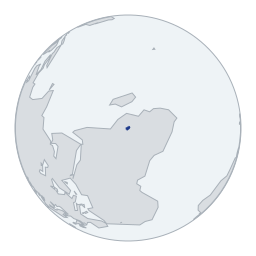 the Earth from above Mzimba, rotated 229°
{"feature_id": "MWI-1900", "entity_name": "Mzimba", "entity_type": "District", "adm_level": 1, "iso_a3": "MWI", "parent_name": "Malawi", "parent_adm1": "", "projection": "orthographic", "projection_center": [33.7, -11.843], "detail": "fine", "context": "on_globe", "style": "filled", "palette": "blue", "viewbox_px": 256, "rotation_deg": 229, "n_neighbors": 0, "source": "natural_earth", "source_scale": "10m", "svg_char_len": 6088}
<svg xmlns="http://www.w3.org/2000/svg" viewBox="0 0 256 256"><g transform="rotate(229 128 128)"><circle cx="128" cy="128" r="113" fill="#eef3f6" stroke="#a8b0b8"/><path d="M15.9,117.2L16.1,117.9L16.1,122.1L15.9,125.3L16.4,125.4L16.4,127.3L20.0,127.0L23.4,130.2L24.3,137.0L23.4,146.1L27.2,163.5L27.0,171.2L30.0,178.3L35.1,189.4L34.6,190.2L37.9,194.4L40.2,197.9L40.7,199.0L43.6,202.3L44.1,203.1L45.7,204.7L50.6,209.8L53.9,212.7L58.5,216.6L60.7,218.2L60.9,218.4L62.2,219.4L63.7,220.5L63.3,220.2L57.0,215.4L51.0,210.2L45.4,204.6L40.2,198.6L35.5,192.3L31.2,185.6L27.4,178.7L24.1,171.5L21.3,164.1L19.0,156.5L17.3,148.8L16.1,140.9L15.5,133.0L15.4,125.1L15.9,117.2ZM63.8,220.5L64.1,220.7L61.2,218.6L63.7,220.0L65.7,221.7L64.0,220.7L63.8,220.5ZM58.7,215.9L57.3,214.4L58.0,214.7L59.1,215.9L58.7,215.9ZM229.6,79.5L230.9,82.4L230.2,83.0L230.8,84.7L229.0,81.6L228.9,84.1L234.1,96.8L234.8,100.0L233.6,104.2L233.1,101.7L228.4,93.4L229.2,100.8L232.9,109.2L234.2,117.8L232.1,113.9L230.6,106.4L228.8,103.2L228.1,96.6L224.4,86.0L222.2,86.6L221.2,82.8L215.8,74.0L212.0,74.7L206.7,82.5L207.9,92.4L205.3,96.2L197.4,80.6L193.9,71.1L191.0,71.4L182.9,63.1L168.8,61.1L166.8,58.7L164.2,59.5L158.5,57.0L155.5,53.5L152.1,53.5L160.0,63.1L163.7,63.2L166.9,59.9L168.4,63.4L173.9,66.9L167.6,74.8L146.7,81.7L144.8,74.3L129.6,55.7L130.2,53.8L130.1,53.6L129.9,53.2L128.4,56.4L125.8,53.1L133.8,65.3L135.0,71.0L146.4,82.1L145.3,83.2L149.0,85.7L161.0,83.5L161.0,86.0L155.3,97.5L138.8,114.1L141.1,126.0L140.0,136.5L130.0,143.6L131.2,152.0L126.0,155.0L125.9,159.9L121.9,165.3L115.1,170.6L103.4,171.4L102.4,166.9L96.2,158.7L87.5,139.1L90.2,129.8L89.1,123.0L80.6,109.2L82.4,101.0L80.2,98.0L75.6,99.4L73.1,95.9L70.3,96.3L53.3,102.4L48.4,98.7L43.0,86.0L46.2,79.6L47.1,73.3L69.7,49.1L74.0,49.2L91.3,44.4L93.4,44.7L90.9,49.1L103.5,53.1L108.1,49.2L119.9,51.7L128.1,51.5L131.9,43.7L118.5,43.7L116.6,40.2L127.7,37.0L139.5,37.8L139.2,36.5L132.1,33.5L135.2,31.4L129.7,32.4L131.7,33.6L128.3,34.4L126.3,33.4L127.5,32.6L124.0,32.1L119.3,36.5L120.8,38.2L111.5,39.4L113.0,42.6L110.4,44.3L106.8,39.7L107.4,37.9L100.4,33.9L98.9,35.8L105.4,39.8L103.2,39.6L101.2,42.8L100.9,40.3L94.2,35.9L86.1,38.2L75.1,47.1L70.5,48.8L67.0,48.2L71.7,40.4L81.4,37.8L83.3,35.5L81.9,33.2L85.0,32.8L85.6,31.7L89.3,30.9L95.2,27.7L99.1,27.0L102.0,24.1L104.4,23.4L102.0,25.2L102.4,26.3L112.1,25.3L114.2,24.6L115.3,22.9L117.8,23.1L117.6,21.7L123.5,21.0L116.2,20.8L117.3,19.4L121.2,18.4L120.2,18.0L113.9,19.8L112.6,20.6L113.5,21.3L108.8,24.2L105.3,25.0L105.3,22.3L100.4,23.3L102.6,21.2L118.3,16.8L124.5,16.2L133.5,17.4L131.7,17.9L127.6,17.6L130.9,18.9L130.9,18.3L133.0,18.6L134.6,17.8L136.1,18.0L135.0,17.1L137.1,17.2L137.8,17.8L141.9,17.3L146.4,17.9L146.6,17.7L145.5,17.4L152.0,18.6L151.8,18.5L149.7,18.0L147.9,17.4L147.4,17.1L149.7,17.5L150.2,17.7L154.6,19.0L155.6,19.7L156.5,19.9L156.2,19.4L150.7,17.8L149.8,17.5L152.7,18.2L151.5,17.9L151.8,17.9L154.1,18.4L152.4,18.0L160.7,20.2L168.7,23.0L176.5,26.3L184.0,30.3L191.3,34.8L198.1,39.8L204.6,45.4L210.6,51.4L216.1,57.9L221.2,64.7L225.7,71.9L229.6,79.5ZM61.5,59.9L60.8,61.7L61.5,59.9ZM151.9,43.1L159.0,44.1L156.0,39.3L158.5,39.4L156.6,37.9L155.8,39.0L151.1,35.2L154.3,34.3L153.5,32.7L151.1,32.3L146.0,34.5L152.7,39.9L150.9,41.5L151.9,43.1ZM85.5,27.6L86.6,27.8L84.8,29.1L79.9,31.0L82.4,29.0L85.5,27.6ZM88.5,27.9L89.9,25.2L93.0,24.2L91.0,25.2L92.9,24.8L90.2,26.3L91.8,28.4L90.4,29.7L82.1,31.9L85.6,30.3L84.4,30.1L88.5,27.9ZM87.9,22.9L88.5,22.5L94.5,20.8L93.2,21.4L88.2,23.0L86.8,23.3L87.9,22.9ZM96.1,43.0L97.7,43.0L100.4,42.5L99.2,44.7L96.1,43.0ZM91.3,40.0L92.9,39.5L92.4,42.0L90.7,42.2L91.3,40.0ZM94.1,37.4L93.0,39.3L92.6,38.4L94.1,37.4ZM103.5,24.9L105.2,24.5L105.2,24.8L104.1,25.5L103.5,24.9ZM121.9,15.5L120.7,15.6L119.6,15.7L121.9,15.5ZM129.4,44.9L126.8,46.4L125.7,45.7L126.8,45.3L129.4,44.9ZM112.1,45.2L115.9,46.0L111.7,45.8L112.1,45.2ZM123.9,15.4L124.3,15.4L123.2,15.5L123.9,15.4ZM171.0,198.2L171.4,200.1L169.8,199.9L171.0,198.2ZM159.4,135.6L151.7,154.1L146.3,154.0L145.3,148.3L148.2,137.0L154.4,134.1L157.4,129.2L159.4,135.6ZM238.7,144.4L238.8,145.9L238.7,146.4L238.7,144.4ZM238.7,141.6L239.0,142.9L238.4,142.5L238.7,141.6ZM239.1,143.4L239.4,143.5L239.5,143.2L239.3,144.2L239.1,143.4ZM238.4,140.9L235.6,136.8L234.2,133.9L234.8,132.4L237.1,135.3L238.4,140.9ZM234.6,132.2L232.1,124.6L226.6,106.5L228.6,107.8L233.9,119.9L233.7,121.4L235.2,126.9L234.6,132.2ZM239.7,128.0L239.4,132.7L238.1,130.0L237.4,128.3L236.9,121.3L237.2,118.5L237.9,119.4L239.1,112.1L239.8,115.8L239.8,119.2L240.2,124.4L239.7,128.0ZM208.4,93.5L211.1,100.2L209.5,100.8L208.4,93.5ZM238.5,106.2L238.7,109.4L238.1,104.6L238.5,106.2ZM237.8,103.1L237.4,101.0L237.8,103.1ZM231.8,87.6L231.2,87.3L230.6,85.8L231.1,85.3L231.8,87.6ZM142.8,16.3L140.8,16.2L140.6,16.4L143.0,17.0L138.6,16.3L138.8,16.0L142.4,16.3L142.8,16.3ZM223.2,188.3L219.7,189.5L220.1,187.1L222.4,184.1L227.5,172.8L227.6,173.4L230.5,166.4L233.9,164.1L237.1,155.9L236.9,156.7L234.4,165.0L231.3,173.0L227.5,180.8L223.2,188.3ZM239.1,146.4L238.8,147.5L239.3,145.5L239.1,146.4ZM240.6,126.0L240.4,126.1L240.5,129.6L240.6,129.0L240.5,130.8L240.3,136.8L240.1,138.4L240.4,132.0L239.9,137.3L239.8,136.6L240.1,131.4L240.4,126.1L240.5,124.3L240.6,125.2L240.6,126.0ZM239.7,113.4L239.7,113.5L239.7,113.3L239.7,113.4ZM237.2,100.5L237.2,100.4L237.0,99.6L237.2,100.5Z" fill="#d9dde1" stroke="#a8b0b8" stroke-width="1"/><path d="M127.2,127.2L127.4,126.8L127.4,126.7L127.2,126.4L127.3,126.3L127.5,126.4L127.5,126.5L127.6,126.4L127.8,126.4L127.8,126.5L127.9,126.4L128.0,126.4L128.0,126.5L128.1,126.4L128.4,126.4L128.5,126.3L128.7,126.5L128.6,126.8L128.7,127.1L128.8,127.1L128.7,127.3L128.4,127.4L128.2,127.5L128.1,127.8L128.2,128.0L128.2,128.3L128.0,128.5L128.3,128.6L128.2,128.7L128.1,128.8L128.3,128.9L128.3,129.0L128.5,129.2L128.6,129.3L128.8,129.3L128.7,129.3L128.5,129.5L128.4,129.5L128.2,129.7L127.9,129.7L127.7,129.6L127.8,129.5L127.8,129.4L127.7,129.3L127.7,129.2L127.8,129.1L127.7,129.1L127.5,128.9L127.4,129.0L127.3,128.9L127.2,128.7L127.2,128.3L127.2,128.2L127.3,128.1L127.2,128.1L127.3,127.9L127.2,127.6L127.1,127.4L127.1,127.2L127.2,127.2Z" fill="#3b82f6" stroke="#1e3a8a" stroke-width="1.5"/></g></svg>